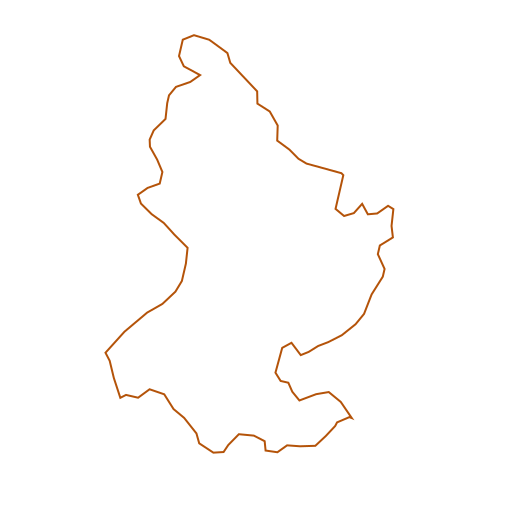 outline of Namwon-si, North Jeolla, South Korea, rotated 103°
{"feature_id": "91817680B21680824294868", "entity_name": "Namwon-si", "entity_type": "district", "adm_level": 2, "iso_a3": "KOR", "parent_name": "South Korea", "parent_adm1": "North Jeolla", "projection": "mercator", "projection_center": [127.45, 35.426], "detail": "fine", "context": "isolated", "style": "outline", "palette": "amber", "viewbox_px": 512, "rotation_deg": 103, "n_neighbors": 0, "source": "geoboundaries", "source_scale": "gbopen_adm2", "svg_char_len": 1428}
<svg xmlns="http://www.w3.org/2000/svg" viewBox="0 0 512 512"><g transform="rotate(103 256 256)"><path d="M392.4,126.2L379.1,140.6L372.2,154.5L377.1,166.3L387.0,181.2L380.1,190.1L372.2,196.0L372.2,203.9L365.3,210.8L339.6,209.8L332.6,201.9L342.5,190.1L337.6,183.1L329.7,175.2L323.7,166.3L313.8,154.5L300.0,143.6L288.1,137.7L267.4,134.7L247.6,127.8L239.7,127.8L226.8,137.7L217.9,137.7L207.1,126.8L196.2,130.7L179.4,132.7L177.4,138.6L187.3,147.5L190.2,156.4L181.3,164.3L192.2,170.3L197.2,179.2L192.2,189.1L172.4,189.1L157.6,189.1L156.1,191.4L154.6,227.6L151.7,236.5L144.8,247.4L138.8,261.3L124.0,264.2L112.1,275.1L107.2,288.9L95.3,291.9L73.6,324.5L64.7,329.5L56.7,348.1L55.8,350.3L54.8,366.1L61.7,376.0L78.5,376.0L87.4,369.0L92.3,351.2L101.2,359.2L109.2,372.0L119.0,376.9L127.0,376.9L142.8,375.0L156.6,383.9L166.5,385.8L173.4,383.9L184.3,374.0L195.2,366.1L207.1,366.1L214.0,376.9L220.4,382.6L222.9,384.9L230.8,379.9L238.7,367.1L244.6,353.2L253.5,340.4L263.4,324.5L279.2,322.6L297.0,322.6L308.9,326.5L323.7,336.4L335.6,349.3L359.3,367.1L384.1,380.9L391.0,375.0L406.8,367.1L424.7,356.3L420.6,351.4L420.6,339.0L409.8,329.7L411.4,314.3L423.7,301.9L429.9,289.6L442.3,274.1L451.3,269.2L457.2,253.3L454.3,243.5L446.4,240.5L433.5,232.6L431.5,217.7L434.5,205.9L443.4,202.9L442.4,191.0L433.5,183.1L431.5,170.3L427.6,155.5L415.7,147.5L403.8,140.6L399.9,139.6L392.0,128.8L392.4,126.2Z" fill="none" stroke="#b45309" stroke-width="2"/></g></svg>